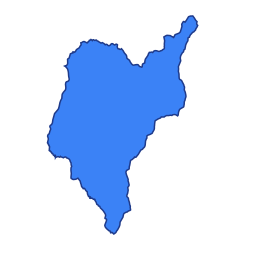 Salento, Quindío, Colombia, rotated 353°
{"feature_id": "7082276B37195114642514", "entity_name": "Salento", "entity_type": "district", "adm_level": 2, "iso_a3": "COL", "parent_name": "Colombia", "parent_adm1": "Quindío", "projection": "equal_earth", "projection_center": [-75.548, 4.594], "detail": "fine", "context": "isolated", "style": "filled", "palette": "blue", "viewbox_px": 256, "rotation_deg": 353, "n_neighbors": 0, "source": "geoboundaries", "source_scale": "gbopen_adm2", "svg_char_len": 5708}
<svg xmlns="http://www.w3.org/2000/svg" viewBox="0 0 256 256"><g transform="rotate(353 128 128)"><path d="M46.3,132.8L46.7,133.1L46.6,133.5L46.6,133.8L46.9,134.1L47.1,135.1L47.4,135.3L47.4,135.8L47.6,135.9L47.6,136.4L47.8,136.8L47.9,137.2L47.5,138.4L47.4,139.7L47.0,140.4L47.2,140.9L47.4,141.1L47.6,141.0L48.1,141.4L48.0,141.7L48.3,142.1L48.7,142.2L49.0,142.9L49.0,143.1L49.4,143.8L49.5,143.7L50.1,144.1L50.6,145.8L51.1,146.2L51.9,146.6L51.8,147.2L52.0,147.2L52.0,146.9L52.3,146.6L52.4,146.2L52.6,146.3L52.4,148.5L52.7,148.1L53.4,148.2L54.4,147.9L55.4,147.9L56.2,148.5L56.5,148.6L57.0,148.4L57.4,148.0L57.7,148.5L58.3,148.6L60.3,149.7L61.0,149.3L61.9,149.1L62.5,149.2L63.0,149.5L63.4,150.2L64.2,150.5L65.6,151.5L66.1,152.2L66.5,153.3L66.6,154.3L67.2,155.6L67.1,157.8L67.4,158.8L67.4,159.3L66.7,160.4L66.4,161.7L66.2,163.4L66.2,166.3L65.4,169.9L65.4,171.0L66.8,172.2L67.6,172.5L70.0,172.5L72.2,171.7L74.0,174.8L74.4,177.6L74.7,178.7L74.7,179.9L75.0,180.8L75.7,181.7L76.2,182.8L77.1,182.6L77.5,182.7L78.6,185.0L79.1,185.7L79.7,186.1L79.8,188.8L80.5,191.2L81.3,191.2L82.3,191.9L82.4,192.4L81.5,192.7L81.5,193.0L81.9,193.2L83.7,193.3L84.2,193.6L84.9,194.5L85.4,194.7L86.1,194.6L86.4,194.8L86.5,195.2L86.5,195.3L86.1,195.1L86.8,196.7L87.3,197.7L87.8,200.0L88.8,200.7L89.0,201.0L89.2,201.8L90.4,202.3L90.7,203.6L91.0,204.2L92.6,206.1L93.4,207.3L94.8,210.2L95.1,211.2L95.1,212.4L94.1,214.7L94.4,215.2L95.2,215.5L95.6,216.3L95.1,217.9L94.0,219.9L93.1,221.7L93.3,223.3L94.3,225.1L95.7,226.7L96.3,227.3L96.7,227.8L97.6,228.1L97.8,228.7L97.9,229.7L98.1,230.0L98.4,230.0L99.0,229.6L99.7,229.9L99.9,230.0L100.3,230.8L100.7,231.1L101.0,231.5L102.9,230.5L103.5,229.9L104.4,228.5L104.9,228.2L105.7,227.2L107.3,224.9L108.1,223.2L108.7,220.4L112.1,215.9L113.0,213.3L113.6,212.3L116.0,211.3L116.9,211.3L118.3,210.4L120.1,210.0L120.6,209.6L120.5,207.1L120.8,205.8L120.4,204.5L120.3,202.0L119.8,199.3L119.8,198.0L119.7,197.5L118.6,196.0L118.5,195.4L118.8,194.4L119.7,192.7L120.6,189.7L120.5,187.0L121.2,186.2L121.7,185.7L122.2,184.7L121.9,181.7L121.6,180.5L121.9,179.2L121.8,178.4L120.8,174.3L120.5,171.9L120.8,170.9L121.4,170.0L122.6,169.4L123.7,169.1L124.2,168.6L124.5,166.8L125.2,165.0L126.2,161.7L126.6,160.6L127.5,160.0L128.3,159.8L129.5,158.9L130.1,158.7L130.9,157.6L131.7,157.9L132.4,157.9L135.0,155.4L138.0,151.5L139.9,150.8L140.3,150.2L141.6,149.3L142.3,148.6L143.0,147.0L143.9,142.7L144.5,141.9L144.9,140.9L145.5,140.4L145.7,138.6L145.9,138.1L147.3,137.4L148.7,137.2L151.2,136.3L151.6,135.9L151.9,135.2L152.3,134.8L153.7,132.9L154.2,131.4L154.3,130.1L154.7,128.5L154.9,127.3L155.7,124.3L156.5,123.8L159.2,122.6L161.5,122.0L162.3,121.1L165.2,121.5L166.4,120.8L167.6,120.4L168.4,120.4L169.4,120.6L171.9,120.5L173.1,120.9L174.1,120.3L176.0,120.3L177.1,120.7L178.7,122.0L179.3,121.4L180.1,118.4L181.0,116.6L181.4,116.0L182.2,115.4L185.5,114.0L185.9,113.7L186.7,111.1L187.0,109.3L187.2,108.6L188.1,107.1L188.2,106.4L189.2,104.3L189.4,103.5L189.4,102.1L189.2,99.5L188.5,97.0L189.1,94.3L188.7,92.9L188.6,91.9L187.0,87.5L186.5,86.9L185.2,86.0L184.9,85.0L184.9,84.0L185.0,82.5L185.2,80.7L184.9,77.9L185.4,75.6L185.5,73.2L188.5,67.8L188.4,64.9L189.1,62.7L191.1,60.0L192.3,59.2L193.1,57.2L194.0,56.8L194.2,56.4L195.4,52.6L196.7,50.4L198.0,48.8L198.2,48.1L198.5,46.2L198.8,45.7L199.3,45.5L200.0,45.4L200.3,44.6L201.3,43.1L202.6,42.1L203.7,41.0L205.0,40.6L207.1,38.8L207.2,38.3L207.3,38.0L208.8,36.2L209.7,34.6L209.0,33.8L208.9,32.8L209.0,32.0L209.5,30.9L208.3,29.3L207.3,27.0L206.0,24.7L203.7,24.5L202.1,24.8L201.6,25.0L199.0,28.3L197.5,29.9L196.5,29.1L196.0,29.1L195.7,29.3L194.2,31.2L193.9,32.0L194.0,33.5L193.0,36.0L191.6,39.0L190.1,40.1L186.1,41.1L184.3,43.8L184.0,43.7L183.6,43.0L182.6,42.6L181.4,41.5L178.8,40.9L177.8,40.8L177.2,40.9L174.7,42.0L174.9,44.3L175.0,45.9L174.3,48.9L174.2,50.5L173.9,51.6L173.9,52.9L173.7,53.5L173.1,54.1L172.1,54.4L171.0,55.2L170.0,55.3L168.5,55.8L167.7,55.7L165.8,54.8L164.3,54.5L162.9,54.9L161.7,56.1L160.9,55.6L160.3,55.5L159.3,55.7L158.4,55.5L157.3,56.9L156.6,58.4L153.6,61.8L152.9,63.7L152.5,65.5L151.3,65.8L150.3,66.3L149.9,67.1L149.6,68.8L149.1,69.3L146.9,68.3L145.9,66.6L145.4,66.3L143.8,66.1L141.0,66.3L140.4,66.0L139.4,64.9L138.2,62.6L137.7,60.9L135.8,59.1L135.4,58.5L135.4,56.3L135.1,55.4L134.6,54.6L133.7,53.3L133.3,52.5L132.6,50.7L131.3,48.7L131.1,48.5L130.5,49.0L129.8,49.0L129.3,48.9L129.1,48.5L127.9,48.2L127.6,47.9L127.4,47.3L127.2,45.8L127.7,44.2L127.4,43.8L127.0,43.5L126.4,43.3L125.4,43.8L124.6,43.9L123.1,42.5L122.3,42.3L121.4,42.6L120.4,43.6L119.8,43.9L119.4,44.0L118.6,43.9L118.2,43.6L117.6,42.8L117.1,42.4L116.3,42.3L115.5,42.6L114.5,41.3L112.9,40.1L111.8,40.4L111.3,40.3L110.7,39.7L110.0,39.3L109.2,38.4L108.0,37.8L107.5,37.0L107.2,36.8L106.7,36.8L105.9,37.1L105.5,37.0L104.6,36.2L104.1,36.2L103.8,36.3L103.2,36.9L102.9,36.4L102.0,35.6L101.3,36.2L100.4,36.2L99.6,37.3L98.7,37.7L98.4,38.3L98.1,38.5L97.6,38.5L96.5,37.7L94.9,36.8L93.9,36.9L92.1,37.7L91.6,37.7L91.6,39.5L91.4,40.0L90.6,40.7L89.7,42.0L89.1,42.6L86.4,43.9L85.2,45.6L84.7,45.8L84.3,46.3L82.7,45.7L82.4,46.8L81.8,46.7L80.5,47.2L79.9,47.3L78.2,51.1L77.7,51.7L76.8,52.0L76.4,52.5L76.3,53.0L76.3,54.1L76.1,55.1L76.1,56.1L75.8,57.1L75.0,58.1L74.5,58.5L73.4,58.6L72.7,58.8L73.5,59.4L75.1,61.8L75.5,63.8L75.6,65.7L75.4,69.4L75.6,72.1L75.5,72.9L74.8,73.9L73.8,74.4L72.7,74.6L72.1,75.0L71.7,75.6L71.3,77.0L71.2,80.5L70.8,82.0L70.4,82.7L68.2,84.7L66.9,86.3L66.6,87.2L65.9,90.6L64.6,92.4L63.5,94.6L62.5,97.6L62.3,98.2L62.2,98.2L62.3,98.2L62.0,98.9L61.4,100.3L60.9,101.0L56.9,104.7L54.4,110.7L53.6,113.7L52.5,115.3L51.3,115.9L50.7,116.6L50.6,117.4L51.1,118.8L51.1,119.8L49.9,122.0L49.1,124.1L48.0,124.7L47.4,125.7L47.2,126.5L47.6,128.4L47.5,129.6L46.3,132.8Z" fill="#3b82f6" stroke="#1e3a8a" stroke-width="1.5"/></g></svg>